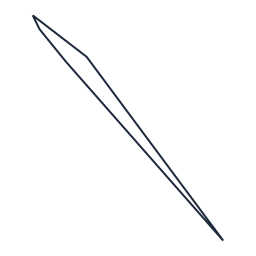 SVG path tracing the border of Manihiki
{"feature_id": "COK-4961", "entity_name": "Manihiki", "entity_type": "state/province", "adm_level": 1, "iso_a3": "COK", "parent_name": "Cook Islands", "parent_adm1": "", "projection": "equal_earth", "projection_center": [-160.98, -10.397], "detail": "fine", "context": "isolated", "style": "outline", "palette": "slate", "viewbox_px": 256, "rotation_deg": 0, "n_neighbors": 0, "source": "natural_earth", "source_scale": "10m", "svg_char_len": 189}
<svg xmlns="http://www.w3.org/2000/svg" viewBox="0 0 256 256"><path d="M66.0,61.8L39.6,29.3L32.8,15.4L86.6,56.8L223.2,240.6L66.0,61.8Z" fill="none" stroke="#1e293b" stroke-width="2"/></svg>